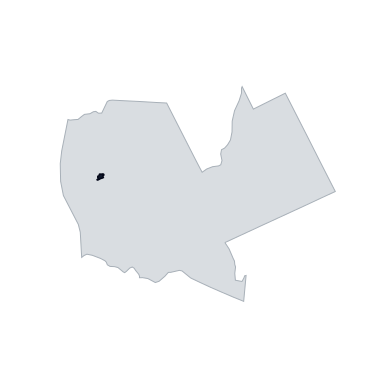 San Lucas Tolimán, Sololá, Guatemala (highlighted), rotated 63°
{"feature_id": "79465075B2167419407314", "entity_name": "San Lucas Tolimán", "entity_type": "district", "adm_level": 2, "iso_a3": "GTM", "parent_name": "Guatemala", "parent_adm1": "Sololá", "projection": "mercator", "projection_center": [-91.143, 14.59], "detail": "fine", "context": "in_parent", "style": "filled", "palette": "ink", "viewbox_px": 384, "rotation_deg": 63, "n_neighbors": 0, "source": "geoboundaries", "source_scale": "gbopen_adm2", "svg_char_len": 2432}
<svg xmlns="http://www.w3.org/2000/svg" viewBox="0 0 384 384"><g transform="rotate(63 192 192)"><path d="M71.1,269.6L72.6,268.0L74.0,264.4L75.6,260.6L74.6,256.2L74.0,252.6L75.9,247.4L75.7,243.5L76.5,241.1L79.3,239.6L80.7,236.6L72.9,226.4L72.9,224.1L74.0,221.2L80.3,210.3L87.8,197.2L96.2,182.9L101.2,174.2L119.4,174.2L131.5,174.2L146.9,174.2L163.5,174.2L174.5,174.1L179.0,174.0L178.2,168.4L178.8,162.2L180.8,156.5L180.8,154.0L177.6,151.0L171.2,149.2L167.7,146.5L167.7,143.1L166.1,138.9L163.1,134.1L156.7,129.1L147.1,124.0L138.9,117.2L132.1,108.6L126.4,103.0L121.9,100.7L120.9,99.5L133.8,99.6L146.0,99.7L146.1,87.4L146.2,76.4L146.3,64.0L168.4,64.0L194.9,64.0L222.4,64.1L243.9,64.1L256.6,64.1L256.0,79.5L255.4,97.3L254.9,110.3L254.2,127.7L253.5,145.5L252.6,169.6L252.0,185.2L252.3,185.6L259.5,184.8L270.2,185.5L272.8,185.5L276.0,186.8L278.5,187.2L283.9,190.8L290.3,193.4L294.4,188.1L292.2,184.8L290.6,183.2L290.9,181.7L312.9,195.6L310.3,197.8L304.7,202.7L294.5,211.2L285.4,218.7L276.6,225.6L268.7,231.7L267.8,232.3L257.8,236.7L256.1,238.8L253.9,247.5L252.9,249.6L254.8,254.5L256.6,261.9L256.0,265.8L249.1,270.6L245.9,274.9L244.5,277.7L243.2,277.0L241.1,276.8L236.1,277.9L233.7,278.1L231.7,279.3L231.5,282.0L232.9,286.4L233.3,288.6L231.9,289.6L225.8,292.2L223.4,294.8L221.1,298.8L218.4,300.5L215.7,300.2L213.7,300.8L209.5,303.8L203.1,309.6L199.7,313.9L199.6,317.1L200.2,320.0L177.1,309.8L169.3,308.0L136.8,308.2L122.8,304.2L106.9,296.5L96.2,289.4L71.1,269.6Z" fill="#d9dde1" stroke="#a8b0b8" stroke-width="1"/><path d="M136.3,262.6L136.2,262.6L135.9,262.7L135.8,262.8L135.7,262.9L135.6,263.0L135.3,263.5L135.2,263.7L135.2,263.8L135.0,264.5L134.9,264.7L134.7,265.0L134.4,265.6L134.2,265.9L134.1,266.1L134.1,266.3L134.3,266.6L134.5,266.8L134.8,267.0L135.2,267.4L135.3,267.8L135.3,268.2L135.2,268.7L135.7,269.1L135.9,269.2L136.1,269.2L136.4,269.4L136.5,269.4L136.8,269.4L137.0,269.4L137.2,269.5L137.3,269.5L137.5,269.5L137.7,269.8L137.8,269.9L137.8,270.0L137.8,270.3L137.8,270.5L137.8,270.8L137.9,271.0L138.0,271.0L138.3,271.0L138.4,270.9L138.5,270.6L138.6,270.3L138.6,269.9L138.6,269.1L138.6,268.1L138.5,267.7L138.6,266.9L138.7,266.6L138.7,266.4L138.9,265.4L138.8,265.2L138.9,264.5L138.4,264.5L137.8,264.3L137.5,264.2L137.4,264.2L137.2,264.1L137.2,263.9L136.9,263.9L137.0,263.7L137.1,263.4L137.0,263.2L136.9,263.1L136.9,262.9L136.7,262.8L136.4,262.8L136.4,262.7L136.3,262.6Z" fill="#0f172a" stroke="#020617" stroke-width="1.5"/></g></svg>